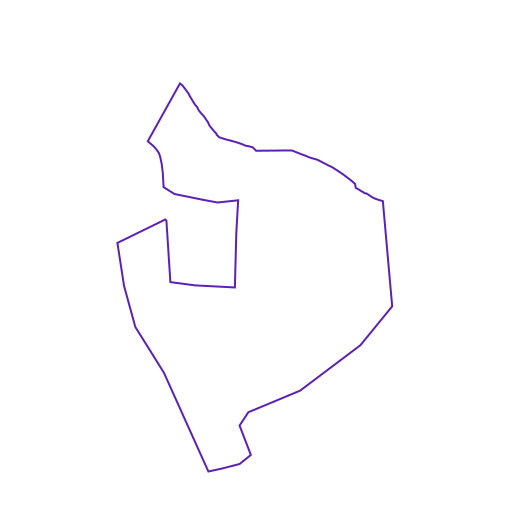 Town, Vieux Fort, Saint Lucia, rotated 159°
{"feature_id": "8701671B64489112890700", "entity_name": "Town", "entity_type": "district", "adm_level": 2, "iso_a3": "LCA", "parent_name": "Saint Lucia", "parent_adm1": "Vieux Fort", "projection": "robinson", "projection_center": [-60.954, 13.728], "detail": "fine", "context": "isolated", "style": "outline", "palette": "violet", "viewbox_px": 512, "rotation_deg": 159, "n_neighbors": 0, "source": "geoboundaries", "source_scale": "gbopen_adm2", "svg_char_len": 1408}
<svg xmlns="http://www.w3.org/2000/svg" viewBox="0 0 512 512"><g transform="rotate(159 256 256)"><path d="M327.6,322.6L380.7,317.9L389.9,275.4L394.1,232.9L389.3,208.4L383.8,179.9L377.7,71.9L364.2,69.8L345.9,67.7L336.4,70.7L334.9,71.2L332.1,72.2L332.1,103.6L319.1,112.9L263.1,114.5L190.5,135.3L146.9,160.2L117.9,261.8L120.9,264.0L124.5,267.1L126.5,269.2L128.6,272.3L130.5,274.8L130.9,275.1L132.2,275.7L132.9,277.1L134.2,278.5L136.9,282.1L138.5,283.8L138.1,285.6L137.7,287.8L139.7,291.7L142.9,296.9L145.2,300.6L147.5,304.0L153.2,311.8L156.1,314.8L161.1,320.4L164.1,323.8L168.0,326.7L170.6,328.7L174.3,332.3L176.6,334.2L183.5,340.6L184.4,341.5L191.5,344.3L200.5,347.6L209.8,351.1L218.2,354.2L220.0,358.5L222.6,360.5L226.3,362.8L228.7,365.2L233.1,368.9L239.7,373.8L242.6,375.8L247.7,379.9L248.4,381.4L249.2,383.0L249.2,384.5L250.3,387.2L251.6,391.1L252.7,394.5L252.9,398.2L253.9,402.0L254.6,405.3L255.9,408.3L257.0,411.6L257.5,414.1L257.5,415.8L258.8,419.5L260.1,426.5L260.7,429.8L260.5,430.6L261.7,435.3L263.6,441.8L264.7,443.5L265.2,444.3L315.9,401.9L314.1,398.5L312.5,395.6L311.4,393.0L310.8,391.0L310.1,388.4L309.8,387.1L309.8,385.4L309.9,383.6L310.2,380.8L310.6,378.8L311.0,376.0L313.1,367.4L317.6,353.4L309.9,343.1L295.6,334.0L286.4,328.1L272.7,319.7L252.7,314.4L265.9,285.1L287.0,234.2L323.6,250.5L333.3,255.8L345.3,262.3L327.0,321.0L327.6,322.6Z" fill="none" stroke="#5b21b6" stroke-width="2"/></g></svg>